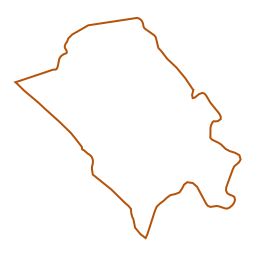 SVG path tracing the border of Nyanga
{"feature_id": "GAB-2623", "entity_name": "Nyanga", "entity_type": "Province", "adm_level": 1, "iso_a3": "GAB", "parent_name": "Gabon", "parent_adm1": "", "projection": "natural_earth1", "projection_center": [11.138, -3.095], "detail": "fine", "context": "isolated", "style": "outline", "palette": "amber", "viewbox_px": 256, "rotation_deg": 0, "n_neighbors": 0, "source": "natural_earth", "source_scale": "10m", "svg_char_len": 1764}
<svg xmlns="http://www.w3.org/2000/svg" viewBox="0 0 256 256"><path d="M193.3,90.0L192.1,95.0L192.7,98.1L194.6,97.7L199.2,94.0L202.4,92.9L204.7,93.7L206.5,96.1L210.4,102.7L219.0,113.3L220.7,116.3L220.7,119.1L217.9,121.1L215.3,121.4L213.7,121.2L212.6,122.1L211.1,125.3L210.5,127.6L210.4,136.7L210.2,137.4L210.4,137.9L211.4,139.0L212.3,139.8L218.7,142.9L221.1,144.5L225.6,148.9L229.7,151.1L235.1,152.8L239.4,155.2L240.6,159.4L239.1,162.2L234.2,166.4L232.7,169.6L226.3,187.2L226.0,190.3L227.1,193.0L229.4,194.6L232.1,195.6L234.3,196.9L235.0,199.7L234.2,202.7L232.2,205.4L229.7,207.5L227.7,208.4L227.5,208.5L225.4,208.5L218.8,206.3L216.6,206.0L210.4,206.9L208.0,206.0L206.1,203.6L197.1,186.8L192.9,183.1L187.3,182.2L184.1,184.6L182.0,188.7L179.5,192.4L175.2,194.1L170.5,195.1L166.9,197.7L163.5,200.9L159.7,203.8L156.7,206.7L154.9,210.9L147.4,234.3L145.6,238.1L143.4,236.4L140.7,234.4L135.1,227.7L133.4,219.3L132.3,217.0L131.6,214.6L131.1,212.0L131.0,209.0L128.6,206.0L124.9,202.8L111.0,189.2L92.8,174.6L91.9,168.8L92.0,166.7L92.6,164.5L93.0,161.5L92.6,159.0L91.5,156.6L89.9,155.0L87.4,153.3L84.1,150.4L82.2,149.4L81.8,146.8L77.5,141.3L76.0,139.3L73.9,136.7L70.9,133.0L58.9,121.3L44.5,108.4L38.7,102.9L24.1,90.6L17.3,83.9L15.4,82.2L19.6,80.9L53.2,69.6L55.4,69.6L56.5,69.1L57.5,67.1L58.0,65.5L59.0,60.0L59.4,58.7L60.2,57.2L61.3,55.9L63.4,54.4L64.8,53.8L66.0,53.4L66.7,52.8L66.8,51.9L66.6,50.9L65.0,48.0L64.7,46.7L65.0,45.3L65.7,43.7L67.1,41.6L68.3,38.4L72.2,34.5L88.3,25.3L137.2,17.9L138.9,18.5L140.1,19.2L141.3,20.2L142.1,21.5L142.7,22.8L143.1,24.0L143.3,25.4L143.6,26.7L144.2,27.9L145.2,28.9L154.5,35.5L155.4,36.7L156.0,38.0L158.1,47.1L158.6,48.3L160.8,50.5L167.4,59.0L176.3,67.4L185.3,78.2L193.2,90.0L193.3,90.0Z" fill="none" stroke="#b45309" stroke-width="2"/></svg>